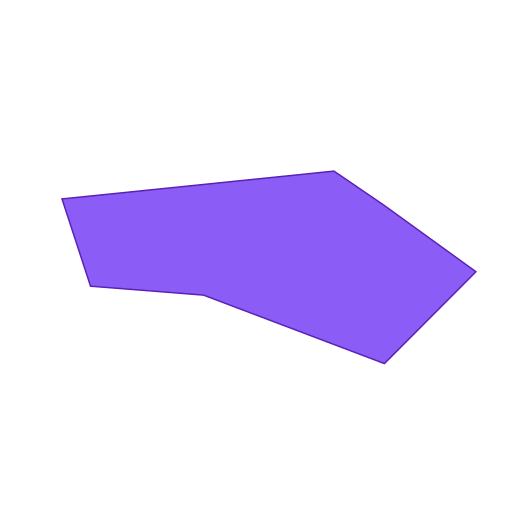 New Minya, Al Minya, Egypt, rotated 122°
{"feature_id": "37247803B40620949995251", "entity_name": "New Minya", "entity_type": "district", "adm_level": 2, "iso_a3": "EGY", "parent_name": "Egypt", "parent_adm1": "Al Minya", "projection": "albers", "projection_center": [30.791, 28.11], "detail": "fine", "context": "isolated", "style": "filled", "palette": "violet", "viewbox_px": 512, "rotation_deg": 122, "n_neighbors": 0, "source": "geoboundaries", "source_scale": "gbopen_adm2", "svg_char_len": 288}
<svg xmlns="http://www.w3.org/2000/svg" viewBox="0 0 512 512"><g transform="rotate(122 256 256)"><path d="M315.3,444.9L369.3,380.3L317.0,279.8L279.2,90.1L161.4,63.1L152.8,61.2L145.1,175.2L142.7,234.9L310.4,450.8L315.3,444.9Z" fill="#8b5cf6" stroke="#5b21b6" stroke-width="1.5"/></g></svg>